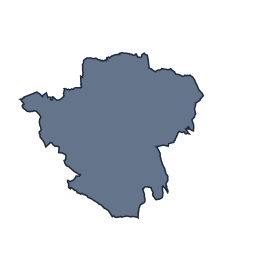 Españita, Tlaxcala, Mexico (Equal Earth projection), rotated 328°
{"feature_id": "50627088B92802360326073", "entity_name": "Españita", "entity_type": "district", "adm_level": 2, "iso_a3": "MEX", "parent_name": "Mexico", "parent_adm1": "Tlaxcala", "projection": "equal_earth", "projection_center": [-98.438, 19.441], "detail": "fine", "context": "isolated", "style": "filled", "palette": "slate", "viewbox_px": 256, "rotation_deg": 328, "n_neighbors": 0, "source": "geoboundaries", "source_scale": "gbopen_adm2", "svg_char_len": 5700}
<svg xmlns="http://www.w3.org/2000/svg" viewBox="0 0 256 256"><g transform="rotate(328 128 128)"><path d="M67.7,194.9L68.9,194.9L69.2,195.1L69.6,195.8L69.7,196.7L70.5,197.5L73.9,198.9L74.9,199.1L75.1,200.0L75.7,200.4L76.7,200.6L80.0,201.9L81.0,202.5L83.0,204.7L84.5,205.3L85.2,205.4L85.4,205.8L86.3,206.4L88.7,208.7L89.0,209.5L89.2,209.0L90.9,206.8L91.7,205.1L92.1,205.2L94.6,202.0L95.0,201.6L95.8,201.3L97.0,200.0L98.5,199.7L101.5,199.9L102.9,199.6L103.3,199.3L104.9,197.0L105.3,195.3L106.8,192.7L107.9,188.2L108.3,187.4L108.9,187.9L109.8,187.2L111.0,186.9L111.8,187.2L113.1,188.1L114.2,189.3L115.4,190.2L115.7,190.7L116.0,190.9L115.8,191.2L115.4,192.7L115.2,195.3L115.0,196.2L114.5,196.9L114.1,196.8L113.9,197.0L113.8,197.7L113.4,198.1L113.2,198.8L113.5,199.8L113.5,203.0L113.7,203.5L114.7,204.2L115.8,204.3L116.7,204.9L118.0,205.1L120.3,205.1L120.6,204.6L121.5,203.9L122.3,202.6L123.2,201.8L124.0,199.6L124.4,199.1L124.7,198.3L125.6,196.8L126.0,195.8L126.5,195.6L127.0,196.4L127.5,198.6L127.5,203.7L128.1,203.2L128.8,201.8L129.1,198.4L129.9,198.3L130.1,196.6L130.9,195.3L131.5,194.9L131.9,194.4L132.4,194.4L133.7,193.9L134.5,192.8L135.2,191.3L136.1,190.4L136.3,189.0L135.9,186.4L136.5,185.5L137.0,183.3L137.7,181.7L137.7,179.2L138.1,176.8L139.2,172.5L140.5,168.6L141.3,167.4L141.9,166.2L141.8,165.4L142.2,163.7L142.1,162.9L142.4,160.4L142.4,159.9L141.9,158.9L148.9,161.2L152.4,164.7L154.1,162.9L155.0,162.9L158.6,164.3L159.5,164.2L160.4,163.5L161.4,163.4L161.9,162.5L164.2,161.3L165.9,160.1L166.8,159.4L167.4,158.6L168.5,158.6L169.4,157.9L169.9,158.2L170.7,159.5L172.0,160.8L173.1,160.8L173.4,161.0L173.7,161.5L173.5,163.2L174.7,163.9L175.9,163.9L176.4,165.1L176.8,165.5L176.7,164.5L176.4,163.9L176.7,162.2L176.3,161.0L176.4,159.5L177.1,160.0L178.1,159.4L178.5,159.5L178.6,159.8L178.8,159.1L179.9,158.9L179.8,161.2L179.0,161.1L179.8,161.7L180.8,163.8L182.0,165.1L182.2,164.6L183.8,162.7L185.2,160.2L185.6,159.0L186.1,156.3L186.6,155.0L186.9,154.7L188.3,154.5L189.1,154.1L190.0,154.0L190.6,153.6L190.9,153.1L191.7,152.3L192.9,151.9L194.1,148.0L194.6,147.0L197.4,144.4L198.3,143.3L198.5,142.6L199.2,142.8L204.0,142.6L204.7,141.8L209.0,140.5L209.3,138.2L208.6,134.8L208.4,132.8L209.4,126.8L209.4,124.4L209.6,123.2L209.9,122.9L209.8,118.9L208.8,116.9L208.8,116.2L208.2,115.9L207.3,115.9L206.5,114.8L205.6,114.7L204.1,113.3L203.2,113.7L202.1,113.4L201.5,113.0L201.1,112.0L199.4,109.5L197.3,107.8L197.0,107.1L197.2,105.2L196.8,103.9L195.6,101.8L195.8,101.4L195.6,101.1L195.7,100.3L195.3,100.2L194.5,100.4L192.9,99.9L188.1,95.5L187.8,95.8L185.5,95.7L184.0,94.7L182.5,94.6L181.2,94.9L179.8,92.5L179.2,90.3L177.6,88.3L177.7,87.8L178.6,86.7L179.1,85.2L181.2,81.0L182.9,76.4L182.3,75.8L181.6,74.7L181.4,73.1L178.6,73.2L178.0,74.1L177.0,74.9L176.2,75.0L174.3,73.2L173.7,73.2L173.6,72.9L174.3,69.9L174.2,69.6L173.4,69.3L173.1,69.7L172.7,69.8L172.0,69.5L171.3,69.5L170.8,68.9L170.5,67.9L170.0,67.3L169.4,67.1L168.2,65.3L167.1,64.6L166.2,63.6L164.5,62.7L162.8,60.9L160.5,60.3L159.9,61.3L159.0,60.2L158.6,60.4L155.4,58.9L153.9,58.8L152.6,58.3L151.6,58.7L150.4,58.4L149.5,58.7L149.4,58.0L148.9,57.5L148.0,57.7L147.5,57.1L146.9,57.4L146.3,58.2L146.4,58.8L146.0,58.6L145.5,58.6L145.2,59.0L144.8,59.3L144.3,58.2L143.4,58.1L143.0,58.2L142.7,58.0L142.3,58.0L142.0,57.7L142.0,56.9L140.7,56.7L140.5,56.4L140.5,55.7L140.3,55.3L139.3,54.7L138.8,54.1L138.2,52.4L137.7,51.7L136.7,51.5L135.0,50.6L133.8,49.1L132.9,48.4L131.4,47.7L130.6,47.0L129.1,46.8L126.4,47.1L125.6,47.9L124.6,49.4L122.9,50.2L121.8,52.5L120.8,53.8L118.9,57.7L118.5,58.1L117.4,59.7L116.5,60.2L116.3,60.7L115.3,59.0L111.9,65.0L111.6,66.3L111.0,66.2L110.3,68.8L109.0,68.5L108.6,68.6L108.2,68.1L106.9,67.5L106.4,66.9L104.6,66.0L103.2,65.8L102.2,66.4L100.9,65.0L99.7,65.1L99.3,64.8L99.0,64.9L98.4,64.4L98.0,63.6L97.7,63.8L96.9,63.3L96.4,62.6L95.8,61.3L95.1,61.3L94.7,61.0L94.7,61.4L94.5,61.9L93.9,62.6L93.5,62.6L92.4,63.9L91.6,64.5L91.1,66.2L90.0,67.3L86.3,67.8L84.4,67.7L83.1,67.2L82.2,66.3L81.8,65.2L81.0,62.0L80.7,61.7L79.5,63.3L78.3,63.9L77.2,63.0L79.0,61.2L76.7,59.5L76.2,59.6L77.4,54.9L72.6,55.2L72.2,56.9L71.4,52.8L70.9,51.5L70.3,50.6L69.8,49.2L63.9,48.2L56.4,46.7L55.9,46.8L55.5,47.5L54.2,46.8L53.6,47.4L53.0,47.4L52.7,47.3L52.3,46.6L51.7,46.5L52.1,47.4L52.2,49.9L52.5,50.8L52.5,52.5L52.2,52.9L51.6,52.4L51.2,52.4L50.6,53.1L50.5,53.4L49.9,53.3L49.6,54.1L49.6,55.4L50.2,57.2L50.9,58.4L50.9,59.3L51.1,59.9L51.4,60.3L51.7,60.9L52.9,61.5L53.5,62.4L54.7,62.5L55.7,63.3L56.3,63.5L57.3,63.4L58.2,64.4L58.9,64.8L59.7,68.2L59.8,69.1L60.0,69.6L59.9,70.1L60.0,71.6L59.5,73.0L57.9,73.6L56.0,75.9L54.8,78.7L54.3,81.3L53.7,82.6L53.7,83.2L52.5,84.0L50.9,84.1L50.8,84.6L50.0,85.1L50.1,85.8L49.9,86.8L48.6,89.4L49.3,93.7L49.2,96.2L48.7,98.6L48.4,99.7L48.3,100.5L54.9,99.2L55.1,99.9L55.7,100.7L55.6,102.6L56.5,104.8L57.6,105.4L58.2,106.1L58.8,106.4L59.6,107.4L56.2,112.2L58.8,114.1L60.7,117.1L60.9,118.2L60.7,118.8L58.6,121.5L57.8,121.8L56.6,121.7L55.8,124.6L55.7,127.0L56.2,128.1L57.1,129.1L57.4,129.8L59.4,136.6L61.0,139.6L61.8,141.5L62.3,142.0L63.0,142.2L63.0,142.5L61.0,143.0L60.4,142.7L58.7,141.2L55.7,142.9L54.3,143.2L53.0,143.1L50.8,142.7L50.2,142.2L49.2,140.5L48.8,140.6L48.6,140.8L48.1,142.6L48.3,143.3L47.2,145.4L46.8,146.1L46.4,146.3L46.1,147.1L47.0,149.1L47.3,148.9L47.7,148.1L48.2,148.3L49.1,150.5L49.6,152.4L49.7,152.7L50.4,153.0L50.8,153.7L50.9,154.6L50.7,155.2L50.7,156.0L52.5,158.1L52.6,158.8L53.2,159.1L54.2,158.9L54.3,159.6L55.1,161.0L55.4,161.3L56.1,161.5L56.4,162.4L57.4,164.1L57.4,164.4L57.2,165.3L58.2,167.0L59.6,168.8L60.6,171.4L62.5,174.8L63.2,177.5L64.3,178.6L64.8,180.2L64.8,181.4L65.4,182.2L65.3,183.0L65.3,183.5L66.3,184.5L66.6,185.6L67.6,187.4L67.7,191.5L67.6,193.1L67.7,194.9Z" fill="#64748b" stroke="#1e293b" stroke-width="1.5"/></g></svg>